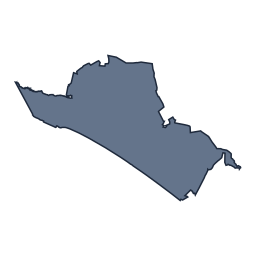 outline of Tonalá, Chiapas, Mexico
{"feature_id": "50627088B19211860628202", "entity_name": "Tonalá", "entity_type": "district", "adm_level": 2, "iso_a3": "MEX", "parent_name": "Mexico", "parent_adm1": "Chiapas", "projection": "mercator", "projection_center": [-93.916, 15.982], "detail": "fine", "context": "isolated", "style": "filled", "palette": "slate", "viewbox_px": 256, "rotation_deg": 0, "n_neighbors": 0, "source": "geoboundaries", "source_scale": "gbopen_adm2", "svg_char_len": 5042}
<svg xmlns="http://www.w3.org/2000/svg" viewBox="0 0 256 256"><path d="M152.2,63.7L141.1,62.1L137.3,62.7L136.6,62.6L133.2,63.0L126.1,63.0L116.3,57.2L108.0,55.5L108.8,58.8L108.9,61.9L108.3,63.6L105.3,63.8L104.9,66.1L99.4,65.7L99.5,65.0L100.1,62.6L98.7,60.8L97.0,61.5L90.7,65.1L89.1,63.3L87.9,63.6L83.6,65.8L83.5,66.0L82.9,66.5L82.4,67.4L80.7,68.3L76.8,71.4L76.8,71.9L77.2,73.9L73.6,72.7L71.2,83.0L69.9,84.2L68.7,84.7L69.2,85.7L68.0,86.2L66.4,94.8L67.1,96.1L67.4,96.3L67.6,96.3L68.0,96.0L68.3,96.2L68.3,95.8L69.2,95.9L69.9,95.6L70.0,95.8L70.6,95.3L70.8,95.5L71.7,95.6L71.8,98.1L71.3,98.0L70.6,98.2L70.2,98.2L69.2,97.8L68.1,97.8L67.1,97.3L66.4,97.2L66.0,96.7L65.3,96.5L65.0,96.2L64.8,96.3L64.6,96.4L64.3,96.2L64.2,96.0L64.0,95.9L63.8,96.2L63.6,96.2L62.8,95.8L61.5,95.4L60.6,95.5L60.4,95.5L60.3,95.2L60.2,95.2L60.0,95.4L59.4,95.3L58.5,95.5L57.2,95.5L56.7,95.6L56.4,95.9L56.2,95.9L55.8,96.0L54.9,95.9L54.0,95.4L53.7,95.4L53.6,95.2L53.2,94.9L52.9,94.8L52.9,94.6L52.7,94.6L52.0,94.6L51.5,94.6L50.6,94.7L50.0,94.7L49.8,94.8L49.0,95.1L48.9,95.3L48.7,95.5L48.1,95.2L47.6,95.0L47.4,94.7L46.7,94.6L45.7,94.4L45.1,94.0L44.4,93.9L42.8,93.1L42.5,92.8L42.2,92.1L42.2,91.9L41.8,91.5L41.5,91.4L41.4,91.1L41.6,90.5L41.6,90.3L41.6,90.2L41.5,90.6L41.1,91.1L41.0,90.9L40.9,90.4L40.9,90.8L40.9,91.1L40.7,91.2L40.4,91.2L39.8,91.4L39.4,91.3L39.0,91.3L38.9,91.1L38.7,91.2L38.4,91.4L37.9,91.5L37.6,91.6L37.6,91.4L37.3,91.5L37.0,91.7L36.8,91.6L36.3,91.8L36.1,91.6L35.6,91.7L35.6,91.4L35.5,91.7L35.1,91.6L35.1,91.4L35.0,91.6L34.8,91.5L34.8,91.4L34.6,91.3L34.3,91.4L34.2,91.6L33.8,91.6L33.5,91.4L33.4,91.0L33.4,90.9L33.2,91.0L33.4,91.1L33.5,91.3L33.1,91.4L32.9,91.4L32.7,91.1L32.4,90.8L32.5,90.7L32.3,90.5L32.2,90.7L32.3,90.8L32.1,90.8L31.8,90.6L31.7,90.6L31.3,90.4L31.3,90.2L31.6,90.2L31.4,90.1L31.6,90.0L31.4,89.9L31.2,90.3L30.8,90.1L30.4,90.2L30.2,90.0L30.0,89.7L30.3,89.4L30.2,89.4L30.2,89.6L29.9,89.5L29.9,89.2L29.8,89.4L29.7,89.1L29.8,89.1L29.9,88.9L29.6,89.2L29.4,89.0L29.1,88.9L29.3,88.7L29.5,88.6L29.8,88.3L29.6,88.3L29.5,88.5L29.2,88.6L28.9,88.8L28.6,88.7L28.4,88.5L28.2,88.4L28.2,88.2L28.4,87.8L28.4,87.4L28.3,87.8L28.0,87.7L27.9,88.0L28.0,88.2L28.0,88.3L27.8,88.2L27.5,88.2L27.3,88.0L27.2,87.8L27.4,87.8L27.4,87.6L27.0,87.9L26.3,88.0L26.3,87.7L26.3,87.4L26.2,87.2L26.2,87.4L26.3,87.6L26.1,87.4L26.3,87.8L26.1,88.0L25.9,88.0L26.0,88.1L25.8,88.0L25.5,88.4L25.3,88.5L25.2,88.3L25.1,88.5L24.9,88.5L24.7,88.6L24.6,88.4L24.6,88.2L24.5,88.3L24.1,88.2L24.0,88.4L23.1,88.4L22.7,88.2L22.3,88.0L22.4,87.8L22.2,87.6L21.7,87.6L21.4,87.5L21.2,86.9L20.6,86.7L19.8,86.6L19.6,86.4L19.5,85.9L19.4,85.9L19.4,85.7L19.2,85.3L19.3,84.9L19.2,84.7L19.0,84.4L18.8,84.3L18.3,83.3L18.2,83.4L17.4,82.8L16.6,82.5L16.6,82.4L16.5,82.5L16.3,82.4L16.0,82.4L15.9,82.3L15.4,82.2L32.6,114.1L32.6,115.0L33.2,115.5L33.6,116.4L34.2,116.6L35.2,117.3L36.8,118.0L37.7,118.3L39.2,119.1L39.8,119.7L40.6,119.9L41.0,120.2L42.4,120.4L42.8,120.8L43.6,121.0L43.6,122.0L54.4,126.8L54.9,127.1L55.7,127.4L56.2,127.0L56.4,126.2L56.6,126.0L56.9,125.8L58.6,126.8L58.6,127.0L59.0,127.3L60.2,127.8L61.4,127.7L62.0,127.4L62.5,127.4L64.7,127.4L65.7,127.5L67.1,127.9L69.9,128.9L78.8,132.9L88.4,137.9L105.6,147.8L120.7,157.3L127.4,161.8L130.8,164.3L131.3,164.4L132.5,165.3L133.0,165.8L140.3,170.8L146.0,174.8L159.1,184.4L171.5,193.7L180.2,200.5L180.9,199.3L182.6,200.0L187.8,197.0L187.2,196.4L184.9,195.7L190.6,190.0L190.9,190.1L191.1,190.6L192.1,191.0L192.4,191.8L192.9,192.1L193.0,192.8L193.5,193.5L193.8,193.5L194.4,193.2L194.8,193.3L195.3,195.0L198.9,188.3L204.3,177.7L205.1,175.6L206.0,174.2L207.7,170.6L207.8,169.3L208.2,169.7L208.4,169.8L210.8,169.4L212.3,167.8L213.5,165.1L214.9,163.6L218.1,160.7L219.1,160.0L221.7,157.7L221.8,157.4L222.6,154.0L223.0,152.8L225.0,153.2L224.8,162.1L224.8,162.4L226.0,165.3L227.8,164.8L228.1,164.3L228.7,164.7L229.3,164.8L229.7,165.2L230.0,165.3L230.6,165.2L232.1,165.9L232.4,166.2L232.7,166.3L234.0,167.0L235.0,168.0L235.9,168.1L236.7,167.8L237.7,168.0L238.3,167.9L238.9,168.1L239.3,168.4L239.4,169.1L240.3,167.8L240.6,167.7L240.6,167.4L240.3,167.3L240.3,166.8L240.2,166.7L239.2,166.2L238.4,165.7L237.7,165.9L237.2,166.3L237.0,166.2L236.4,165.5L236.0,164.3L235.4,163.9L234.8,163.1L234.4,162.9L234.2,162.4L234.4,161.4L234.3,161.0L233.8,160.3L233.4,160.1L233.1,159.7L232.8,159.2L232.6,159.0L232.3,158.7L232.0,158.6L231.5,158.3L231.2,157.6L231.2,157.0L231.1,156.7L231.2,155.4L231.2,154.0L231.0,153.5L228.9,151.7L226.7,150.2L222.8,149.5L221.6,149.1L220.9,148.7L216.7,148.6L216.0,147.2L211.9,141.8L209.5,137.9L208.9,137.2L208.7,136.6L201.4,131.6L200.7,130.9L190.4,132.6L190.1,126.9L189.6,126.1L187.5,125.4L184.0,124.6L174.9,122.9L174.7,122.6L174.7,122.1L175.5,120.1L174.2,119.4L172.8,117.1L168.7,119.6L169.8,122.0L169.7,123.9L165.8,125.6L166.6,126.2L166.4,126.6L165.3,127.6L163.1,127.0L164.0,125.7L162.4,124.7L163.4,123.3L164.3,121.3L163.5,121.3L158.5,111.6L159.1,110.9L163.9,107.0L162.9,103.9L158.8,96.6L158.2,96.6L156.5,93.0L155.9,90.7L156.8,90.1L157.0,87.7L155.1,79.5L154.0,76.8L154.1,73.3L154.2,73.2L152.9,69.1L152.2,63.7Z" fill="#64748b" stroke="#1e293b" stroke-width="1.5"/></svg>